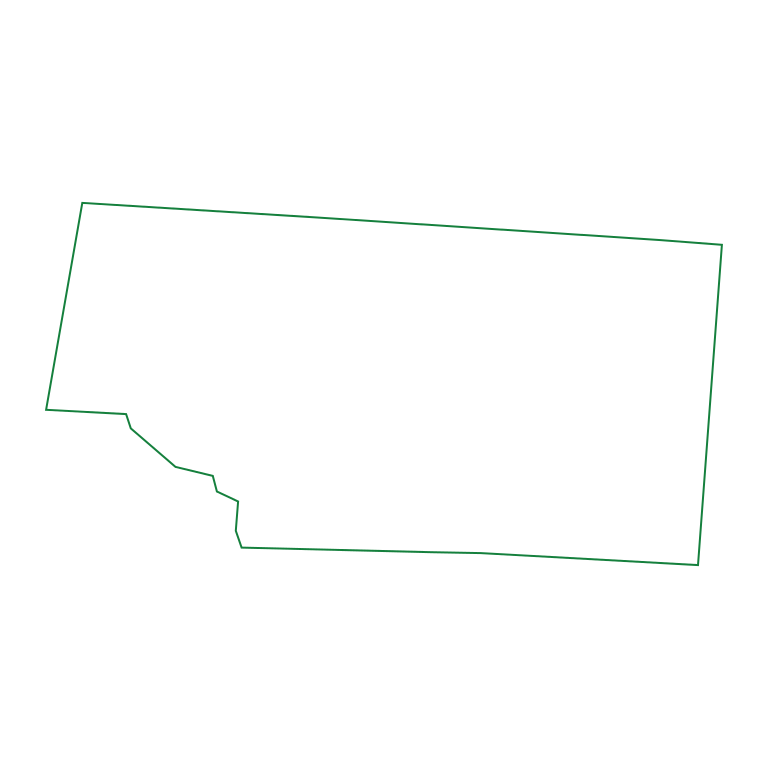 outline of Pike, Ohio, United States of America
{"feature_id": "52423323B24396319361709", "entity_name": "Pike", "entity_type": "district", "adm_level": 2, "iso_a3": "USA", "parent_name": "United States of America", "parent_adm1": "Ohio", "projection": "mercator", "projection_center": [-83.162, 39.073], "detail": "fine", "context": "isolated", "style": "outline", "palette": "green", "viewbox_px": 768, "rotation_deg": 0, "n_neighbors": 0, "source": "geoboundaries", "source_scale": "gbopen_adm2", "svg_char_len": 328}
<svg xmlns="http://www.w3.org/2000/svg" viewBox="0 0 768 768"><path d="M46.1,409.8L126.1,414.1L130.8,428.4L175.5,466.9L212.8,475.9L216.9,491.5L238.1,501.5L235.8,530.8L241.6,547.6L431.5,552.2L480.8,553.1L698.0,565.1L721.9,244.8L660.5,240.1L317.2,217.5L82.3,202.9L46.1,409.8Z" fill="none" stroke="#15803d" stroke-width="2"/></svg>